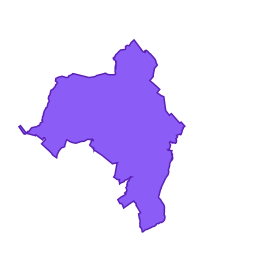 Villa de Allende, México, Mexico, rotated 40°
{"feature_id": "50627088B59559873877291", "entity_name": "Villa de Allende", "entity_type": "district", "adm_level": 2, "iso_a3": "MEX", "parent_name": "Mexico", "parent_adm1": "México", "projection": "mercator", "projection_center": [-100.123, 19.395], "detail": "fine", "context": "isolated", "style": "filled", "palette": "violet", "viewbox_px": 256, "rotation_deg": 40, "n_neighbors": 0, "source": "geoboundaries", "source_scale": "gbopen_adm2", "svg_char_len": 5671}
<svg xmlns="http://www.w3.org/2000/svg" viewBox="0 0 256 256"><g transform="rotate(40 128 128)"><path d="M211.2,186.7L211.7,185.3L211.8,184.0L211.6,183.2L211.9,182.3L212.2,181.9L212.9,181.6L213.1,181.1L213.1,180.5L213.3,179.8L213.5,179.5L214.4,178.9L215.0,177.3L215.1,175.5L214.7,174.3L213.9,173.0L213.2,172.1L212.8,171.7L211.7,171.3L210.8,170.5L209.7,168.7L208.5,167.4L206.9,165.3L206.4,164.9L205.1,164.0L203.9,163.5L202.8,163.2L201.8,163.0L198.9,161.9L197.0,161.8L195.7,161.3L194.7,158.8L193.7,156.9L192.3,153.8L192.3,153.0L191.8,152.6L191.6,151.6L191.1,150.1L189.0,142.0L188.7,137.9L187.6,135.7L186.3,134.3L185.9,134.2L184.3,130.4L182.9,128.6L182.8,128.1L182.4,127.3L182.2,125.9L182.3,125.1L181.9,124.8L182.0,124.6L181.7,124.4L181.8,123.9L181.6,124.0L181.6,123.8L181.4,123.7L181.4,123.4L182.0,123.4L181.8,123.0L181.7,122.3L181.1,122.4L180.7,122.2L180.8,121.9L180.5,121.5L180.4,121.3L180.0,120.8L179.4,120.5L179.3,120.0L178.8,119.8L178.6,120.1L178.2,119.6L178.2,119.3L177.9,119.4L177.8,119.1L177.4,119.0L176.5,118.2L176.5,117.9L176.4,117.4L176.2,117.1L175.7,117.5L174.1,118.5L173.2,119.2L172.5,119.0L172.7,118.9L173.3,117.6L172.8,117.4L172.7,115.9L172.0,115.0L171.8,114.2L171.5,113.7L169.4,112.7L169.1,112.5L169.3,111.7L169.1,111.3L169.2,111.2L170.7,111.1L171.0,110.6L171.8,110.2L171.8,110.5L171.4,110.9L171.5,111.0L172.2,110.3L173.0,109.6L173.8,109.4L174.2,109.2L174.3,108.2L174.1,107.6L173.7,107.4L173.5,107.0L173.2,106.8L173.2,106.3L173.0,106.1L171.5,105.3L171.5,105.2L171.7,104.7L171.7,104.1L171.6,102.9L170.7,102.7L170.2,102.7L170.3,101.7L170.3,101.2L171.0,100.8L171.2,100.2L171.9,99.6L171.9,99.3L171.8,99.1L171.9,98.9L172.1,98.8L172.6,99.2L172.8,98.9L172.2,97.4L171.7,96.0L171.4,95.4L170.8,95.0L170.8,94.7L170.9,94.2L170.6,92.8L169.9,92.1L170.2,91.8L170.2,91.4L170.4,90.1L164.9,89.3L164.4,91.0L151.9,89.1L151.5,91.7L145.7,90.4L135.3,81.0L132.7,81.8L127.6,82.3L127.5,78.0L122.3,77.7L114.2,77.6L114.3,72.4L113.4,71.5L110.0,65.4L110.0,60.9L107.4,59.8L107.2,59.5L105.6,58.4L105.1,58.2L103.7,57.8L103.4,57.8L102.1,57.4L101.5,57.5L100.4,57.2L99.0,57.2L98.0,56.8L96.8,57.1L93.6,56.6L92.4,56.8L91.9,56.8L91.3,58.2L91.6,58.5L91.7,58.2L92.2,58.4L92.5,58.6L92.5,58.9L92.1,59.4L90.6,59.7L90.5,59.9L89.6,59.7L88.2,59.7L88.1,59.4L76.0,56.6L75.6,59.5L75.5,60.6L76.1,64.1L74.2,65.3L73.8,66.2L73.8,67.4L74.1,67.7L75.0,68.4L75.4,69.2L75.1,70.0L74.3,70.6L73.4,71.7L72.2,73.0L71.8,76.3L71.9,77.3L71.5,79.7L71.8,80.9L72.0,81.0L72.0,82.0L72.7,81.8L72.5,82.0L72.2,82.1L72.0,82.9L72.7,82.3L72.4,82.8L72.3,83.7L72.4,83.8L72.3,84.0L72.5,84.5L73.6,84.7L74.0,84.5L74.1,84.3L74.9,84.2L75.5,84.4L75.6,84.6L76.0,84.8L75.8,85.0L76.2,85.4L76.3,85.2L77.0,86.0L77.4,86.0L78.1,87.5L78.5,87.6L78.6,87.9L78.2,88.1L79.2,89.7L79.7,89.7L79.8,89.8L79.6,89.8L79.7,90.6L80.0,90.8L79.8,90.4L79.9,89.9L81.6,92.9L83.7,94.5L83.6,95.3L82.8,96.4L81.9,97.2L80.2,98.6L79.6,98.9L78.5,99.8L77.8,100.2L76.2,100.3L75.2,100.8L74.9,101.6L70.2,108.0L69.9,109.3L69.3,110.4L65.7,114.4L51.0,121.6L50.6,122.2L50.7,122.8L50.7,123.2L49.1,126.1L49.3,127.0L49.5,127.1L49.3,127.9L48.3,129.1L46.6,129.7L43.9,131.0L43.5,132.1L42.3,133.3L40.9,136.4L42.3,138.7L43.4,138.6L44.2,138.6L44.7,138.9L45.0,139.4L45.1,140.0L44.8,141.5L45.7,142.9L45.6,143.8L45.4,144.1L45.7,144.9L45.6,145.5L45.6,145.9L45.4,146.1L45.6,146.6L45.6,146.9L45.0,147.8L44.8,148.3L45.0,149.3L45.5,149.9L45.6,150.5L45.9,150.9L46.3,151.9L46.9,152.5L46.8,154.0L47.0,154.8L48.1,156.8L49.7,157.4L50.1,158.0L50.4,158.1L50.7,158.9L50.7,160.2L51.8,162.5L52.5,163.5L52.5,164.6L52.1,165.2L52.4,165.6L52.9,168.6L54.4,172.0L55.0,172.3L55.0,172.8L55.3,173.5L55.3,174.0L55.6,174.7L55.9,175.2L56.3,175.5L56.8,176.5L56.8,177.0L57.0,177.1L57.2,177.5L57.5,177.4L58.5,178.0L58.1,179.6L57.6,180.3L57.7,180.7L58.4,182.2L58.6,183.0L57.9,183.4L57.4,185.3L54.1,189.6L54.0,191.4L54.2,191.8L54.1,193.8L54.3,194.2L53.9,195.1L54.0,195.2L53.8,195.4L54.0,195.9L53.4,195.7L53.5,196.1L53.2,197.3L44.1,195.3L43.6,197.1L51.9,199.4L52.3,199.0L52.8,199.1L53.1,198.8L53.5,198.0L53.7,197.3L62.2,193.3L62.2,192.7L62.0,192.4L70.3,192.0L69.7,189.7L70.2,189.2L71.7,189.6L72.2,190.0L72.0,195.7L83.0,196.2L85.9,196.5L86.5,196.8L87.4,197.1L92.5,196.7L92.0,195.7L91.2,194.8L90.1,191.0L89.8,189.3L89.8,185.7L90.7,184.7L91.5,183.0L91.0,182.4L88.9,177.6L88.7,176.4L91.0,175.9L92.2,175.8L95.8,174.4L98.0,173.0L100.9,168.3L103.0,166.2L104.3,162.7L107.3,160.4L107.6,159.5L108.2,159.4L108.7,159.4L109.3,159.9L108.0,160.4L107.9,160.7L108.4,161.5L108.2,161.6L109.0,163.0L109.5,165.5L110.6,165.9L112.4,165.6L113.3,166.1L114.3,165.9L114.7,166.1L114.7,165.5L116.5,167.2L116.4,166.6L125.3,165.6L139.1,165.4L142.3,161.4L142.5,162.5L148.2,172.4L148.6,174.8L150.1,174.5L152.4,174.5L153.2,174.3L154.7,172.9L155.1,173.4L155.3,174.5L156.8,175.2L157.1,175.8L157.5,176.2L157.8,174.6L159.1,172.4L159.3,171.7L159.3,171.4L159.5,171.2L159.1,170.3L160.3,168.2L161.2,165.8L161.3,164.8L161.3,163.7L162.3,163.1L161.7,164.8L161.9,166.0L162.5,167.2L162.5,168.1L162.2,168.3L162.4,169.6L163.6,172.3L164.5,172.2L164.7,175.0L165.7,175.4L167.5,176.8L167.6,178.7L167.3,179.0L167.3,180.0L167.9,179.9L167.9,179.5L168.1,179.5L168.1,179.3L168.6,179.6L168.7,180.6L168.6,181.3L167.1,185.3L166.2,189.4L170.4,191.1L171.5,190.0L173.7,190.5L174.0,191.0L175.5,191.7L176.1,192.1L179.1,180.6L179.5,180.5L179.6,180.2L180.7,180.5L180.8,180.7L181.9,180.5L182.6,181.0L183.2,180.9L183.8,181.5L183.8,182.0L192.1,184.8L191.3,187.0L194.8,189.9L195.7,190.5L196.2,190.6L197.8,192.4L198.4,193.5L199.5,194.4L200.0,195.4L200.3,195.5L200.6,195.9L201.1,196.2L202.2,196.1L203.0,196.4L204.5,197.4L204.9,197.8L205.6,198.4L206.1,198.1L206.4,196.9L206.6,195.2L208.4,192.2L209.2,190.3L209.6,189.8L210.3,187.6L211.2,186.7Z" fill="#8b5cf6" stroke="#5b21b6" stroke-width="1.5"/></g></svg>